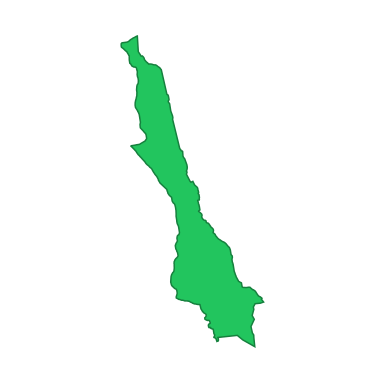 Montes de Oca, San José, Costa Rica, rotated 261°
{"feature_id": "36466004B49166054866519", "entity_name": "Montes de Oca", "entity_type": "district", "adm_level": 2, "iso_a3": "CRI", "parent_name": "Costa Rica", "parent_adm1": "San José", "projection": "albers", "projection_center": [-84.009, 9.94], "detail": "fine", "context": "isolated", "style": "filled", "palette": "green", "viewbox_px": 384, "rotation_deg": 261, "n_neighbors": 0, "source": "geoboundaries", "source_scale": "gbopen_adm2", "svg_char_len": 5954}
<svg xmlns="http://www.w3.org/2000/svg" viewBox="0 0 384 384"><g transform="rotate(261 192 192)"><path d="M40.5,193.2L40.7,194.5L41.0,194.8L42.7,195.1L44.3,194.8L43.3,214.3L38.0,219.0L29.4,229.8L38.5,230.3L41.1,230.6L43.3,229.6L49.9,229.2L56.5,233.6L60.6,232.1L66.4,234.7L68.8,234.6L71.8,236.9L71.5,242.2L72.1,245.5L75.2,243.8L76.1,244.5L77.6,243.2L78.9,241.4L80.9,240.4L84.2,239.0L84.5,238.6L85.6,237.6L86.1,236.8L86.1,236.5L87.5,235.5L87.9,234.9L88.8,234.4L89.1,233.2L89.1,231.0L89.3,229.7L89.5,229.0L89.7,227.7L90.1,227.0L90.5,226.7L94.5,226.6L94.8,226.3L95.3,225.5L96.4,224.2L97.0,223.8L97.3,223.8L101.5,222.3L102.2,222.3L103.2,222.0L106.3,221.5L106.5,221.3L113.9,221.3L114.0,221.2L115.4,221.2L116.1,220.9L118.9,220.9L120.9,221.5L121.2,221.7L122.6,221.7L122.9,221.5L124.1,220.8L128.8,220.8L129.0,220.7L130.3,220.5L130.5,220.4L131.5,220.2L132.1,219.5L134.7,218.0L135.1,217.7L135.3,217.7L136.6,216.7L137.0,216.1L137.4,215.9L137.6,215.5L137.8,215.3L138.1,214.6L139.3,213.2L140.2,212.4L140.3,212.2L141.5,210.8L143.1,209.7L144.0,209.3L145.0,208.6L146.5,208.2L146.9,208.0L147.2,207.6L147.6,207.4L148.3,206.6L148.6,206.5L150.5,207.2L151.6,207.2L152.4,206.9L153.4,206.2L154.7,205.1L155.2,204.9L155.5,204.9L156.0,204.5L156.3,204.5L157.0,204.1L157.6,203.9L158.8,203.0L159.0,202.2L159.7,201.4L161.3,201.3L161.5,201.2L161.9,200.8L162.0,200.1L162.6,199.2L162.9,198.9L163.5,198.6L163.6,198.4L163.9,198.3L165.5,197.7L166.0,197.7L167.0,198.2L168.5,198.2L170.1,197.1L171.8,195.5L172.0,195.5L172.4,195.8L173.0,197.0L176.8,197.0L177.0,196.9L178.3,196.9L179.1,196.6L181.0,196.6L182.0,196.3L182.8,196.3L183.0,196.8L183.0,197.9L183.4,198.1L184.2,198.1L185.5,198.5L188.2,198.5L189.4,197.9L189.9,197.9L190.2,198.3L190.7,198.5L192.6,198.3L192.7,198.2L194.6,198.2L195.3,198.1L196.4,197.5L197.5,196.5L197.9,196.2L198.5,195.7L202.4,194.5L201.8,192.5L203.0,191.7L210.4,189.3L210.7,189.4L211.9,190.0L212.5,190.2L213.4,189.7L213.9,189.9L214.6,190.4L216.3,191.0L217.5,191.2L219.6,191.2L225.9,190.0L227.3,189.2L228.7,188.7L233.6,189.1L233.9,188.9L234.1,188.5L234.2,188.0L234.6,187.7L235.0,187.6L235.6,187.5L236.7,186.7L266.9,184.2L268.2,184.7L270.1,184.7L275.3,183.7L282.7,183.7L283.2,183.5L284.1,182.9L284.7,182.7L285.6,182.8L286.6,183.7L287.1,183.8L290.6,183.7L291.7,183.4L292.3,182.5L317.5,180.8L319.9,179.5L321.1,178.1L322.4,177.0L323.0,176.3L323.3,175.7L323.5,174.4L323.9,173.5L324.4,172.6L324.9,171.2L324.9,170.5L325.1,170.2L325.1,169.2L326.6,168.3L326.7,168.0L326.9,168.0L327.6,167.3L329.8,166.0L330.5,165.7L331.2,165.7L331.8,165.6L332.9,165.1L334.1,164.3L334.1,163.1L339.0,160.9L354.6,162.4L354.5,161.5L353.6,159.2L353.2,157.7L352.6,156.6L352.5,156.1L351.6,154.3L351.3,154.1L350.6,152.7L350.3,151.9L350.2,151.0L350.3,146.2L349.7,145.4L349.3,145.2L347.2,144.9L346.0,145.0L344.6,146.4L341.8,148.5L340.8,149.5L340.7,149.5L340.2,149.8L339.9,149.8L338.3,150.5L337.0,150.9L336.4,151.3L332.2,150.7L328.9,150.7L328.0,151.5L327.0,151.9L326.1,152.2L325.5,152.7L325.3,153.2L324.9,153.5L324.4,154.4L324.4,155.2L323.8,156.2L323.1,156.5L321.2,156.6L320.7,156.7L320.6,156.9L318.7,156.7L316.6,156.2L314.2,156.2L313.5,156.5L310.2,156.5L310.0,156.3L309.4,156.3L309.0,156.1L307.9,155.9L307.4,155.7L307.0,155.1L306.4,154.7L306.0,154.4L305.7,154.4L304.5,153.9L303.9,153.8L302.9,153.5L302.4,153.5L301.6,153.2L299.2,153.2L295.5,152.5L294.8,152.1L292.8,151.4L291.2,150.6L288.9,149.8L287.6,149.6L286.8,149.4L284.4,149.4L283.4,149.8L280.9,150.9L279.8,151.1L279.4,151.4L276.8,152.0L268.9,152.0L266.7,151.2L263.5,151.0L261.9,152.0L260.4,153.1L257.8,154.6L257.2,155.2L255.7,155.6L252.1,155.6L251.2,155.1L250.5,154.3L249.7,153.6L249.1,152.1L247.7,148.5L247.3,147.8L247.3,144.0L247.2,143.5L247.2,138.6L247.3,138.5L245.8,139.7L242.7,141.9L242.0,142.3L241.4,142.8L240.4,143.3L239.7,143.5L237.3,144.7L236.2,145.6L234.8,146.4L234.7,146.6L233.8,147.1L233.4,147.5L232.9,147.7L229.3,150.1L227.3,151.0L225.8,152.1L224.6,153.3L223.2,154.1L221.8,155.4L221.1,155.8L220.4,156.2L219.7,156.3L217.4,157.2L216.2,157.8L215.2,158.2L212.9,159.6L210.1,160.6L208.8,160.7L206.6,161.6L205.9,161.8L198.5,167.5L197.1,167.6L195.3,168.0L194.5,168.0L192.2,169.1L190.6,170.4L190.5,170.6L189.8,171.0L186.3,171.0L185.3,171.3L184.8,171.6L184.1,171.8L184.0,172.0L183.4,172.5L182.9,172.8L181.3,173.2L180.5,173.2L180.0,173.3L175.9,173.3L175.5,173.2L172.8,172.9L170.5,172.5L166.6,172.5L165.8,172.4L163.9,172.4L162.9,172.5L160.6,173.2L159.2,173.3L154.1,173.3L152.8,172.9L152.5,172.6L151.8,172.2L151.7,171.7L151.3,171.1L150.8,170.6L148.8,169.9L145.8,169.9L143.6,168.1L142.6,167.7L142.2,167.3L141.5,167.1L138.5,167.1L138.0,167.2L137.6,167.5L136.3,167.7L135.5,167.8L134.6,168.2L131.3,168.3L130.6,167.9L129.4,166.8L129.4,166.6L128.7,165.6L128.1,165.0L127.7,164.6L127.1,164.2L126.9,164.2L126.0,163.5L124.2,163.1L123.1,163.1L122.1,162.9L119.7,162.6L117.1,161.9L116.1,161.4L115.4,160.4L113.5,158.9L111.7,158.1L106.5,156.9L105.7,156.9L104.6,157.1L103.6,157.1L102.3,157.6L102.2,157.8L101.7,158.0L100.7,158.9L100.0,159.3L99.0,160.3L98.6,161.1L97.2,161.6L95.3,161.6L94.0,161.5L93.3,161.1L92.8,161.0L91.6,160.3L90.9,160.0L89.8,159.9L88.0,162.2L87.7,163.2L86.8,164.6L86.5,166.1L86.2,166.6L86.1,167.1L85.7,167.5L85.5,168.2L85.2,170.0L85.0,170.8L84.8,171.0L84.7,171.8L83.2,173.7L83.0,174.2L82.5,174.8L82.1,175.2L81.1,176.9L80.8,178.2L80.4,179.0L79.9,180.5L79.7,181.9L79.6,182.2L75.0,182.6L73.8,183.2L73.3,183.3L72.6,183.7L72.3,183.7L72.3,183.9L70.7,184.8L69.5,186.3L68.7,186.8L67.6,186.6L66.7,186.2L65.7,184.9L64.3,184.9L64.0,185.2L62.9,186.8L62.9,187.0L62.7,187.2L62.7,188.0L62.5,188.4L62.5,188.7L62.2,189.1L61.9,189.2L61.1,189.2L60.4,189.5L59.6,189.5L59.4,189.3L59.1,188.3L58.5,187.7L58.0,187.3L56.1,187.3L55.9,187.5L55.6,187.5L55.3,187.7L55.3,189.1L55.1,189.2L54.6,189.2L54.3,189.3L54.2,189.7L53.6,190.4L53.6,190.7L53.2,191.4L52.5,191.5L48.7,191.5L47.8,191.8L47.3,192.1L46.1,191.7L46.0,191.4L45.6,191.3L45.5,191.1L44.9,190.9L44.2,192.1L43.6,192.6L42.6,192.9L42.1,192.9L41.0,193.2L40.5,193.2Z" fill="#22c55e" stroke="#15803d" stroke-width="1.5"/></g></svg>